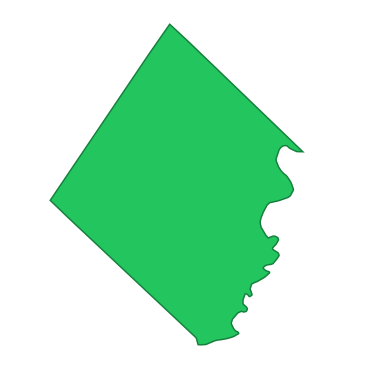 the district of Fannin, Texas, United States of America, rotated 133°
{"feature_id": "52423323B62023249377371", "entity_name": "Fannin", "entity_type": "district", "adm_level": 2, "iso_a3": "USA", "parent_name": "United States of America", "parent_adm1": "Texas", "projection": "albers", "projection_center": [-96.114, 33.614], "detail": "fine", "context": "isolated", "style": "filled", "palette": "green", "viewbox_px": 384, "rotation_deg": 133, "n_neighbors": 0, "source": "geoboundaries", "source_scale": "gbopen_adm2", "svg_char_len": 1460}
<svg xmlns="http://www.w3.org/2000/svg" viewBox="0 0 384 384"><g transform="rotate(133 192 192)"><path d="M120.1,317.6L294.8,290.0L295.2,265.0L295.8,89.5L299.5,83.4L297.8,81.4L294.0,77.8L285.3,73.9L282.8,72.3L280.5,70.3L275.7,66.7L271.5,64.1L268.8,62.8L263.8,61.3L263.5,61.4L263.1,62.4L263.2,63.5L263.7,64.5L263.8,65.3L263.8,67.0L263.3,69.1L261.5,73.5L260.3,74.3L257.3,75.7L249.2,76.0L245.7,74.6L244.4,72.2L242.5,71.0L241.5,71.0L240.6,71.3L239.4,72.2L239.0,73.8L239.1,76.4L239.0,78.0L238.8,78.6L236.0,81.2L230.3,83.6L229.6,83.0L229.3,82.3L229.1,80.9L229.4,79.5L229.3,78.6L228.1,78.1L226.4,77.9L225.7,78.7L223.3,83.3L218.7,85.6L216.1,84.7L212.7,83.1L204.4,80.7L198.3,80.1L197.7,80.7L197.8,81.1L198.0,81.9L198.6,82.7L199.2,84.9L199.3,87.4L198.6,88.4L196.7,88.3L194.3,87.5L191.1,84.9L189.2,83.9L182.8,84.3L179.2,84.9L178.4,85.9L177.8,87.7L178.9,93.8L178.1,94.9L172.7,94.9L168.1,96.0L167.7,96.4L166.9,98.0L167.5,100.6L168.4,102.1L169.2,102.8L170.3,103.3L171.7,104.0L173.6,104.9L173.3,108.4L170.7,117.3L168.6,120.4L167.2,121.9L163.8,123.9L159.9,125.4L158.5,126.0L150.3,128.2L146.9,127.9L139.3,122.7L130.6,118.1L127.7,117.5L121.6,119.1L120.7,119.9L118.0,125.1L117.4,126.5L116.2,131.2L115.7,134.1L116.0,138.0L115.8,141.3L114.6,145.9L111.9,151.4L111.1,152.4L110.2,153.2L101.6,157.1L99.3,157.4L96.3,157.0L93.8,154.8L93.4,153.6L93.4,150.3L91.9,145.5L90.9,142.8L87.0,138.4L84.5,295.6L84.5,322.7L120.1,317.6Z" fill="#22c55e" stroke="#15803d" stroke-width="1.5"/></g></svg>